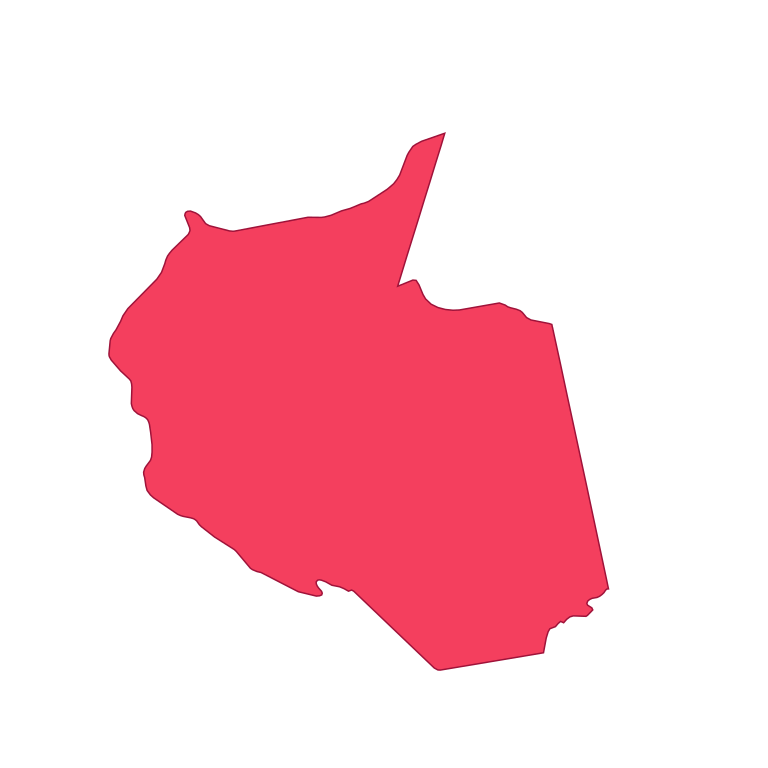 map outline of Madre de Dios (Albers equal-area conic projection), rotated 17°
{"feature_id": "PER-572", "entity_name": "Madre de Dios", "entity_type": "Department", "adm_level": 1, "iso_a3": "PER", "parent_name": "Peru", "parent_adm1": "", "projection": "albers", "projection_center": [-70.763, -11.651], "detail": "fine", "context": "isolated", "style": "filled", "palette": "rose", "viewbox_px": 768, "rotation_deg": 17, "n_neighbors": 0, "source": "natural_earth", "source_scale": "10m", "svg_char_len": 2594}
<svg xmlns="http://www.w3.org/2000/svg" viewBox="0 0 768 768"><g transform="rotate(17 384 384)"><path d="M524.3,277.9L527.1,278.0L527.6,278.9L528.1,279.9L528.7,280.8L529.2,281.7L529.7,282.7L530.3,283.6L530.8,284.6L531.3,285.5L546.8,313.1L562.1,340.7L577.5,368.3L592.9,395.9L608.3,423.5L623.6,451.1L638.9,478.7L654.2,506.3L657.8,512.9L658.6,514.3L657.1,514.9L656.2,516.3L655.3,519.3L654.0,521.6L652.3,523.9L650.2,525.8L645.7,528.1L643.7,529.9L642.3,532.0L642.1,534.5L643.4,536.0L648.2,537.3L649.7,539.0L646.2,545.8L645.1,547.1L632.8,550.4L629.8,552.4L627.5,555.6L625.6,559.8L622.3,559.4L620.5,562.2L618.9,565.9L614.2,569.5L613.4,572.9L613.4,579.4L615.1,594.4L521.5,641.1L519.1,641.7L515.1,640.9L415.7,591.0L413.3,590.5L410.6,592.5L405.7,591.4L400.9,590.9L393.0,591.7L386.1,590.2L381.5,589.9L379.3,590.2L377.8,591.1L377.0,593.2L377.8,595.1L379.3,596.8L381.1,598.2L384.9,600.5L386.1,602.1L386.1,603.9L384.3,605.4L381.3,606.6L362.8,607.7L321.4,600.2L317.4,600.5L312.5,600.0L310.2,599.3L291.7,587.3L289.3,586.1L266.8,579.9L251.2,573.9L248.5,572.5L244.9,569.7L243.3,569.0L241.3,568.5L238.3,568.5L230.6,569.3L228.0,569.3L224.7,568.9L197.0,560.2L193.1,558.4L188.6,555.1L186.1,551.1L182.5,543.5L180.9,541.1L179.9,538.6L179.9,534.7L180.6,532.0L183.0,525.3L183.1,521.8L182.1,516.9L179.9,509.8L174.9,498.3L171.6,491.4L170.4,489.5L168.6,487.4L167.0,486.4L165.6,485.8L163.6,485.3L161.4,485.1L157.0,484.4L152.8,482.5L151.0,481.0L149.5,479.0L148.1,476.6L143.9,460.9L142.6,457.7L141.0,455.1L139.0,453.7L128.3,448.5L116.2,440.9L113.5,438.3L113.0,437.6L112.6,436.8L112.1,435.4L109.5,422.6L109.4,420.4L110.5,414.7L111.9,410.5L113.8,401.0L114.4,395.1L117.0,386.8L136.1,350.2L138.6,342.3L139.2,333.0L139.2,332.9L139.1,329.4L139.6,324.9L140.6,321.8L142.2,318.0L153.1,298.2L153.5,295.8L153.6,293.9L152.4,291.3L144.2,281.1L144.0,279.4L144.2,277.9L145.6,276.3L148.4,275.2L153.8,275.5L157.0,276.3L159.6,277.5L165.7,282.2L166.9,282.9L170.7,283.7L191.4,282.8L194.9,282.1L196.4,281.5L262.5,246.8L275.4,243.0L278.3,241.7L284.1,238.1L292.7,230.9L300.3,226.0L309.5,218.4L312.1,216.9L315.8,214.0L330.1,196.9L334.7,189.7L336.6,184.7L337.9,179.6L339.3,158.6L340.0,155.1L342.1,148.4L344.4,145.5L349.0,140.9L368.8,126.4L368.9,138.9L368.8,158.2L368.8,177.6L368.7,196.9L368.7,216.2L368.6,235.6L368.5,254.9L368.5,274.2L368.5,286.5L381.2,276.2L384.4,275.5L388.5,279.0L395.1,287.0L398.9,290.5L405.7,293.9L413.2,295.1L420.9,294.8L428.4,293.3L434.4,291.2L470.6,272.8L476.9,273.1L479.7,274.0L482.6,274.1L488.7,273.8L492.7,274.1L495.3,275.1L500.9,278.8L505.8,279.8L524.3,277.9Z" fill="#f43f5e" stroke="#9f1239" stroke-width="1.5"/></g></svg>